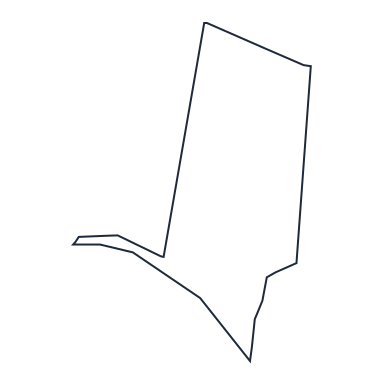 the district of La Pearle, Soufrière, Saint Lucia
{"feature_id": "8701671B37327912911660", "entity_name": "La Pearle", "entity_type": "district", "adm_level": 2, "iso_a3": "LCA", "parent_name": "Saint Lucia", "parent_adm1": "Soufrière", "projection": "orthographic", "projection_center": [-61.048, 13.857], "detail": "fine", "context": "isolated", "style": "outline", "palette": "slate", "viewbox_px": 384, "rotation_deg": 0, "n_neighbors": 0, "source": "geoboundaries", "source_scale": "gbopen_adm2", "svg_char_len": 441}
<svg xmlns="http://www.w3.org/2000/svg" viewBox="0 0 384 384"><path d="M204.2,23.0L163.6,256.9L163.0,256.8L160.8,256.3L117.7,235.4L108.0,235.7L78.8,236.9L75.5,241.9L73.2,244.5L99.9,244.5L132.9,252.4L200.2,298.1L250.0,361.0L251.8,347.8L254.8,319.1L257.8,312.0L262.4,300.7L266.8,277.3L275.6,272.3L292.4,264.9L296.5,263.1L297.1,254.3L310.8,66.2L303.5,65.1L264.7,48.3L206.9,23.0L204.2,23.0Z" fill="none" stroke="#1e293b" stroke-width="2"/></svg>